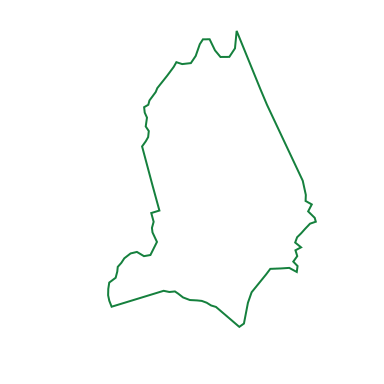 Paim Filho, Rio Grande do Sul, Brazil, rotated 73°
{"feature_id": "56859067B93945017430500", "entity_name": "Paim Filho", "entity_type": "district", "adm_level": 2, "iso_a3": "BRA", "parent_name": "Brazil", "parent_adm1": "Rio Grande do Sul", "projection": "natural_earth1", "projection_center": [-51.772, -27.737], "detail": "fine", "context": "isolated", "style": "outline", "palette": "green", "viewbox_px": 384, "rotation_deg": 73, "n_neighbors": 0, "source": "geoboundaries", "source_scale": "gbopen_adm2", "svg_char_len": 1189}
<svg xmlns="http://www.w3.org/2000/svg" viewBox="0 0 384 384"><g transform="rotate(73 192 192)"><path d="M299.1,115.2L293.7,112.7L288.2,115.5L284.1,110.1L278.0,110.1L276.8,103.9L270.5,108.1L266.0,104.7L263.4,99.7L260.3,94.6L256.8,88.4L256.6,82.3L252.6,82.2L244.5,86.6L238.9,81.1L233.8,86.0L228.1,84.0L213.6,82.8L172.2,88.8L130.5,94.8L114.0,96.5L51.0,102.2L67.2,108.9L73.7,116.8L71.2,125.3L63.3,128.6L51.1,130.5L49.2,136.9L52.9,141.3L63.0,148.7L68.4,155.4L66.8,164.0L63.3,169.0L67.0,172.9L73.5,181.7L82.5,194.8L85.8,197.5L92.0,205.9L95.8,208.3L96.9,213.0L102.3,214.0L107.7,213.3L115.8,217.1L121.1,215.5L126.7,217.9L130.0,221.4L133.8,226.4L172.9,227.8L200.2,228.6L200.2,237.1L209.3,237.4L214.6,240.8L219.1,241.6L229.5,240.1L240.1,250.2L239.3,256.7L233.2,262.2L232.8,268.7L235.6,276.1L239.1,280.3L241.9,284.9L246.2,286.7L251.7,290.1L254.4,297.6L260.2,300.4L266.2,302.4L271.8,302.9L278.2,302.4L278.2,248.0L281.0,242.9L282.1,237.4L285.2,234.9L290.2,231.4L294.7,225.6L297.1,219.0L299.0,214.5L302.2,210.3L306.1,206.9L308.9,202.7L334.8,186.2L333.0,180.8L314.3,170.9L305.3,164.3L292.6,145.4L288.4,139.6L291.2,128.9L293.0,121.2L299.1,115.2Z" fill="none" stroke="#15803d" stroke-width="2"/></g></svg>